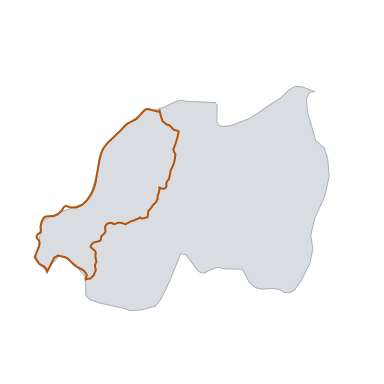 Rwanda, with Western highlighted, rotated 18°
{"feature_id": "RWA-3492", "entity_name": "Western", "entity_type": "Province", "adm_level": 1, "iso_a3": "RWA", "parent_name": "Rwanda", "parent_adm1": "", "projection": "natural_earth1", "projection_center": [29.348, -2.109], "detail": "fine", "context": "in_parent", "style": "outline", "palette": "amber", "viewbox_px": 384, "rotation_deg": 18, "n_neighbors": 0, "source": "natural_earth", "source_scale": "10m", "svg_char_len": 3344}
<svg xmlns="http://www.w3.org/2000/svg" viewBox="0 0 384 384"><g transform="rotate(18 192 192)"><path d="M153.5,107.8L157.8,107.7L186.5,99.8L189.3,102.2L194.0,117.6L196.4,119.9L200.4,120.4L208.4,116.9L223.2,104.9L229.6,97.5L237.2,87.3L246.9,75.7L252.2,65.6L257.5,59.7L264.4,57.9L272.1,58.4L277.4,58.6L273.0,61.0L272.1,68.4L277.2,80.2L293.6,104.7L304.1,109.2L310.9,118.7L317.6,134.7L319.6,154.8L316.8,178.9L318.4,196.9L324.5,208.6L326.1,223.9L323.2,242.6L319.7,253.9L315.6,257.6L310.9,259.0L304.6,257.7L296.9,259.3L288.5,262.8L283.2,263.3L279.9,262.6L273.7,259.6L263.9,249.9L245.6,255.3L240.7,255.2L234.0,259.8L228.6,265.5L225.2,265.9L221.9,265.1L206.1,253.7L200.4,254.0L198.0,286.2L195.4,304.0L192.2,311.9L180.9,319.6L169.6,324.0L163.4,323.7L138.5,326.1L128.7,326.1L123.3,323.5L116.3,305.3L103.1,297.2L90.4,293.4L85.3,294.4L80.7,304.0L78.8,312.5L66.5,306.6L62.8,299.4L62.5,287.2L58.0,270.5L60.5,263.4L65.3,258.8L75.5,249.9L91.0,237.7L94.4,231.8L96.5,222.1L95.6,199.5L94.1,180.4L95.9,173.6L103.0,158.8L112.5,143.7L123.6,127.7L130.3,126.2L139.0,120.1L148.3,111.2L153.5,107.8Z" fill="#d9dde1" stroke="#a8b0b8" stroke-width="1"/><path d="M118.0,307.9L117.5,305.8L117.7,304.0L117.6,303.3L116.0,301.9L113.6,300.3L110.7,299.5L105.1,298.7L102.2,297.6L94.1,293.6L92.0,293.2L84.2,293.8L81.2,297.2L78.9,312.6L76.9,310.0L74.2,308.4L70.2,307.9L68.4,307.1L63.5,303.4L62.5,302.1L63.4,290.4L62.5,286.8L61.1,285.2L59.6,284.4L58.4,283.5L57.9,281.5L58.4,279.5L60.7,277.1L60.3,275.2L58.9,272.4L58.4,269.4L58.1,266.1L59.1,262.1L61.0,260.2L64.6,258.8L67.3,257.9L69.6,256.3L71.5,254.1L73.1,251.3L74.1,249.0L74.5,247.3L74.7,246.0L76.0,244.5L77.2,244.1L81.0,244.2L86.9,242.4L91.5,238.2L94.8,232.2L96.9,225.0L97.6,218.5L97.4,213.0L93.8,188.9L93.6,183.3L94.2,177.8L96.7,171.0L101.7,161.8L105.1,155.6L107.9,149.4L109.5,146.7L115.9,140.5L117.2,138.5L120.9,129.9L122.4,127.6L124.5,126.6L134.6,126.1L135.0,126.0L135.3,125.8L135.5,125.4L136.0,124.6L136.6,125.6L138.9,129.3L142.1,133.7L145.0,134.8L147.5,135.7L148.6,135.7L149.5,135.3L150.0,135.7L150.7,135.9L152.9,137.1L155.3,138.5L158.0,138.3L160.6,138.5L161.2,143.2L161.4,149.5L161.3,153.9L161.1,157.3L162.8,159.6L164.2,160.8L164.6,161.4L164.9,163.0L165.5,165.7L165.9,170.9L165.5,175.2L165.1,177.0L165.1,178.8L165.7,182.6L166.1,186.7L165.4,188.7L164.9,189.8L164.9,191.5L165.4,193.3L166.0,194.5L165.7,196.1L164.5,197.4L162.9,198.0L160.9,197.9L159.6,197.9L160.2,199.4L160.6,202.8L160.5,206.0L161.0,207.8L161.4,208.8L161.2,210.1L161.1,211.4L160.9,212.8L160.0,214.5L159.3,215.6L159.0,216.3L158.5,217.3L158.5,218.4L157.8,220.5L156.5,223.1L156.4,224.7L156.8,225.6L157.3,227.8L157.3,229.9L156.2,230.5L154.8,231.5L153.9,232.1L152.8,232.5L151.8,232.9L151.0,232.5L150.3,232.3L149.7,233.2L149.0,234.1L147.3,235.3L145.8,236.8L144.1,237.9L140.8,240.9L138.8,243.3L138.0,243.1L136.5,243.2L134.2,243.3L131.5,243.8L129.0,245.9L127.3,246.8L125.8,246.3L123.8,246.6L121.8,247.8L120.5,249.7L120.1,251.8L121.0,254.3L121.9,256.4L121.8,257.8L120.5,260.3L119.4,262.3L119.7,263.8L120.1,265.5L119.6,266.9L116.9,268.7L114.1,270.4L112.9,272.3L112.3,274.4L112.4,275.4L114.1,276.4L116.5,277.3L118.3,278.2L119.4,279.9L119.7,282.3L120.5,284.2L121.5,285.7L122.2,287.2L122.7,288.2L122.4,289.7L122.3,291.1L122.5,292.2L123.1,293.3L124.7,296.0L124.2,301.5L122.4,305.4L121.2,306.1L120.5,306.4L118.0,307.9Z" fill="none" stroke="#b45309" stroke-width="2"/></g></svg>